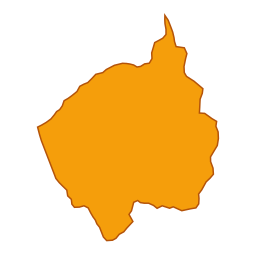 Itirapuã, São Paulo, Brazil
{"feature_id": "56859067B37772155606082", "entity_name": "Itirapuã", "entity_type": "district", "adm_level": 2, "iso_a3": "BRA", "parent_name": "Brazil", "parent_adm1": "São Paulo", "projection": "natural_earth1", "projection_center": [-47.165, -20.649], "detail": "fine", "context": "isolated", "style": "filled", "palette": "amber", "viewbox_px": 256, "rotation_deg": 0, "n_neighbors": 0, "source": "geoboundaries", "source_scale": "gbopen_adm2", "svg_char_len": 1490}
<svg xmlns="http://www.w3.org/2000/svg" viewBox="0 0 256 256"><path d="M164.9,15.4L164.8,19.8L165.0,23.7L166.0,29.3L166.0,34.5L162.7,38.3L154.7,42.6L153.2,47.8L151.7,52.9L152.0,58.6L149.3,63.2L144.6,63.9L140.6,66.4L137.0,67.0L133.7,65.0L129.8,64.0L126.4,63.5L122.5,63.3L114.4,65.3L106.3,69.5L102.8,72.6L95.8,74.3L91.8,78.6L87.8,82.6L83.8,84.2L79.8,86.3L77.0,91.5L71.7,95.8L68.1,98.4L64.1,100.7L62.3,105.9L59.7,109.6L56.6,111.6L54.3,114.9L51.0,118.9L46.1,122.5L41.6,125.1L37.6,127.1L39.6,134.8L41.4,140.7L54.3,174.2L55.9,178.5L59.4,182.8L62.8,186.2L66.8,190.1L67.7,195.9L71.3,199.3L71.9,204.2L74.4,207.3L79.4,207.1L84.0,205.8L88.2,207.9L90.7,212.9L93.1,217.0L95.3,220.0L96.9,223.9L99.6,227.3L101.3,231.7L103.4,237.0L106.7,240.6L112.5,240.2L116.0,238.3L119.2,234.3L123.8,231.8L126.7,228.2L132.9,221.5L129.0,214.4L131.5,210.8L133.7,202.3L137.7,200.5L140.4,202.6L144.3,203.2L148.6,203.2L153.5,205.4L157.1,208.3L162.2,205.8L169.6,208.2L173.2,206.8L181.8,210.7L190.5,208.8L195.9,207.9L198.7,203.9L199.0,198.5L198.6,194.0L201.7,189.9L206.1,181.9L210.1,178.1L213.4,174.2L213.0,168.1L210.6,161.6L210.5,156.9L213.4,152.0L217.3,145.5L218.4,138.5L218.1,131.9L215.9,126.3L216.6,121.4L211.9,118.6L208.9,116.4L204.7,113.4L199.4,113.0L199.7,107.7L199.9,103.2L200.1,99.2L202.3,93.3L202.9,88.7L194.0,81.2L186.5,76.4L184.3,72.6L184.0,66.5L185.6,58.6L186.9,53.6L184.3,47.8L176.1,46.6L174.5,41.5L174.0,37.7L172.7,32.1L171.3,28.3L168.2,20.3L164.9,15.4Z" fill="#f59e0b" stroke="#b45309" stroke-width="1.5"/></svg>